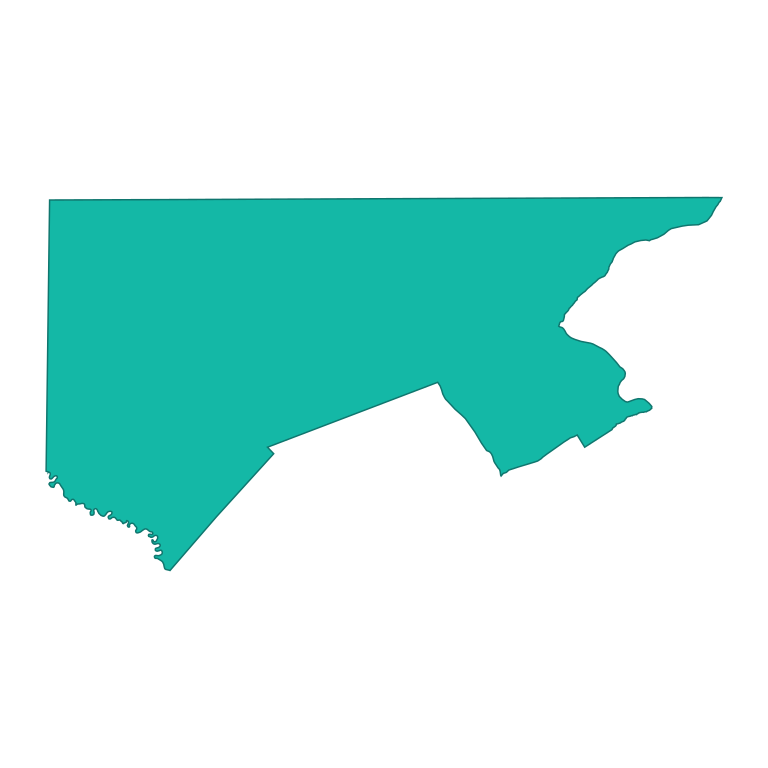 Chavuma, North-Western, Zambia
{"feature_id": "96606910B52944150437375", "entity_name": "Chavuma", "entity_type": "district", "adm_level": 2, "iso_a3": "ZMB", "parent_name": "Zambia", "parent_adm1": "North-Western", "projection": "orthographic", "projection_center": [22.463, -13.294], "detail": "fine", "context": "isolated", "style": "filled", "palette": "teal", "viewbox_px": 768, "rotation_deg": 0, "n_neighbors": 0, "source": "geoboundaries", "source_scale": "gbopen_adm2", "svg_char_len": 6026}
<svg xmlns="http://www.w3.org/2000/svg" viewBox="0 0 768 768"><path d="M46.1,471.2L48.2,471.9L48.2,472.2L48.4,471.9L48.9,472.1L49.6,472.5L50.1,473.0L50.3,473.7L50.3,474.5L49.5,476.6L49.4,477.7L49.9,478.7L50.5,478.9L51.2,479.0L52.0,478.5L53.9,476.5L55.1,475.9L56.0,475.7L56.8,476.0L57.3,476.8L57.3,477.8L56.3,478.9L54.8,481.4L54.2,481.9L52.7,482.3L50.8,482.4L49.9,482.6L49.1,483.7L49.1,484.4L49.9,485.5L51.0,486.8L52.2,487.1L53.5,487.3L54.1,486.8L54.5,485.1L55.8,483.3L56.9,482.9L58.0,482.9L58.9,483.2L59.7,483.8L60.8,485.7L62.8,488.6L63.4,489.6L63.7,490.7L63.8,491.6L63.8,492.7L63.7,493.5L63.7,494.5L63.8,495.4L64.5,496.6L65.3,497.2L66.7,497.8L67.7,498.7L69.0,501.0L69.8,501.2L70.6,501.1L71.7,499.6L72.7,499.3L73.5,499.4L74.0,499.8L74.6,500.8L75.5,502.0L75.9,502.7L75.9,505.0L76.4,505.0L76.8,504.4L77.2,504.2L78.0,504.0L79.8,503.9L81.9,503.4L82.6,503.4L84.0,503.7L84.5,504.4L84.8,505.2L84.7,505.8L85.0,507.1L85.6,507.7L87.1,508.8L88.9,509.1L89.6,509.1L90.4,509.3L90.9,509.7L91.1,510.3L91.1,510.8L90.4,511.9L90.2,512.8L90.5,514.7L90.9,515.1L92.0,515.2L92.9,515.0L93.8,514.3L94.0,513.6L94.1,512.4L93.7,510.2L93.9,509.5L94.4,509.1L95.2,508.7L95.9,508.7L96.5,509.0L97.0,509.5L97.4,510.2L97.7,511.1L99.0,513.5L99.9,514.3L101.0,515.4L102.8,516.1L103.6,516.2L104.5,515.9L105.7,514.6L107.2,512.5L108.2,511.7L109.8,511.3L110.7,511.3L111.7,511.7L112.0,512.6L111.9,513.2L111.4,514.4L110.4,515.1L109.3,515.6L108.8,516.0L108.3,516.6L108.2,517.2L108.5,518.1L109.0,518.9L110.0,519.0L111.0,518.5L111.5,518.0L112.2,517.5L113.3,517.3L114.3,517.3L115.4,517.9L117.1,520.1L117.8,520.3L118.5,520.2L119.3,520.0L120.1,520.2L120.8,521.0L121.9,521.8L122.8,523.4L123.2,523.6L123.8,523.4L124.2,522.9L125.5,522.6L126.1,522.3L126.4,521.9L126.5,520.9L126.8,520.6L127.3,520.7L128.2,521.4L128.5,522.0L128.5,522.7L128.3,523.4L127.4,525.4L127.7,526.3L128.0,526.8L128.6,527.1L129.3,527.0L129.6,526.6L129.4,525.1L129.7,524.5L130.2,523.8L131.2,523.3L132.3,523.2L133.3,523.6L134.1,524.2L135.2,525.9L136.4,527.1L136.7,527.7L136.7,529.2L135.9,530.2L135.7,530.7L135.7,531.4L136.1,532.5L136.6,532.8L137.7,532.9L138.7,532.6L140.2,532.1L141.5,531.2L142.3,530.5L144.3,529.2L145.3,528.9L146.3,529.0L147.1,529.3L149.4,531.2L150.4,531.7L151.3,531.8L152.0,532.0L152.5,532.4L152.7,533.0L152.8,533.5L152.8,533.9L152.3,534.2L151.9,534.5L150.2,534.2L149.0,534.3L148.7,534.5L148.4,535.4L148.7,536.3L149.0,536.5L149.8,536.7L150.7,537.2L151.4,537.3L152.4,537.1L153.2,536.7L154.4,535.7L155.2,535.4L156.2,535.4L156.9,535.7L157.5,536.3L157.7,537.0L157.7,537.8L157.6,538.5L156.8,540.0L156.2,541.2L155.2,541.7L154.6,541.8L154.0,541.6L153.6,541.3L153.0,540.1L152.7,539.9L152.2,539.8L152.0,540.1L151.9,540.9L152.2,542.4L152.5,542.8L153.3,543.7L154.2,544.1L155.1,544.2L157.9,543.5L158.7,543.6L159.7,544.1L160.2,544.9L160.2,545.8L159.6,546.6L158.8,547.4L155.8,548.3L155.3,549.0L155.4,550.2L155.5,550.5L156.3,551.0L157.3,551.2L159.5,550.6L160.3,550.2L161.0,550.2L161.5,550.5L162.0,551.3L162.3,552.1L162.2,553.3L161.8,554.1L160.6,555.0L159.0,555.6L158.2,555.7L155.8,555.4L155.1,555.6L154.5,556.2L154.4,556.8L154.7,557.7L155.3,558.3L157.2,558.4L157.6,558.5L161.2,560.7L162.3,561.6L162.8,562.3L163.8,564.5L164.0,565.9L164.5,567.9L164.9,568.8L165.7,569.4L167.8,569.9L169.3,570.2L170.0,570.5L216.5,516.7L273.7,453.7L267.5,447.2L437.7,382.3L440.1,385.9L441.6,389.8L442.8,394.0L444.5,397.4L445.6,399.2L447.6,401.2L455.0,409.2L461.3,414.7L465.4,418.6L474.9,432.0L481.6,443.3L486.6,450.5L489.6,451.8L490.7,452.9L491.6,454.2L492.7,456.6L494.0,461.4L494.8,462.9L498.1,467.9L499.6,469.5L500.2,471.6L500.7,475.3L501.1,476.0L503.3,473.4L506.1,472.5L507.4,471.5L508.6,470.2L510.5,469.5L512.5,468.9L518.2,467.0L534.4,462.1L537.7,461.0L541.2,458.7L542.7,457.2L547.1,453.9L550.4,451.6L563.8,442.1L569.1,438.7L570.4,437.8L573.9,436.7L577.2,435.0L584.7,447.2L612.0,429.6L612.6,428.2L615.6,426.0L616.1,425.3L616.4,424.0L617.4,423.9L620.4,422.9L621.4,422.1L623.7,421.2L624.8,420.2L625.2,419.2L626.0,418.6L626.3,417.8L627.2,417.0L628.2,416.6L629.9,416.3L631.5,415.7L632.4,415.7L633.0,415.2L633.9,414.9L634.5,414.9L635.5,414.5L636.6,414.6L636.9,414.1L637.8,413.7L638.8,412.9L639.3,412.9L639.8,412.6L641.3,412.4L641.9,412.2L643.4,412.3L644.4,412.0L644.8,411.8L646.4,411.8L647.4,411.1L649.4,410.3L650.7,409.3L651.0,408.8L651.7,408.4L651.6,407.5L651.8,407.0L651.8,406.5L649.2,403.4L644.6,399.5L642.2,398.9L638.2,398.7L634.7,399.5L628.7,401.7L627.2,402.1L625.3,401.5L622.2,399.3L619.3,396.4L618.1,393.5L617.8,391.3L618.2,386.7L618.5,385.8L619.4,384.4L620.1,382.5L621.6,380.5L623.6,378.8L624.2,377.8L624.9,376.4L625.3,373.3L624.9,371.7L623.9,370.2L622.7,368.7L619.8,366.8L616.8,362.9L614.5,360.3L609.4,354.7L606.1,351.4L604.4,350.1L602.0,348.6L599.2,347.3L593.0,344.0L590.5,343.2L581.0,341.4L575.1,339.5L571.5,338.0L569.5,336.7L567.0,334.4L566.0,333.0L565.1,331.2L563.7,329.0L562.7,328.0L561.9,327.5L559.8,326.9L558.7,326.2L558.9,325.7L558.9,325.3L559.2,324.9L559.6,323.2L560.1,322.4L560.5,321.9L561.3,321.6L562.2,321.5L562.9,321.1L563.1,320.9L563.5,320.2L563.8,318.8L564.0,318.2L564.4,316.2L564.4,314.6L564.9,314.0L565.4,313.6L566.0,312.8L566.1,312.5L566.8,312.0L567.7,311.1L568.7,309.7L569.1,308.6L569.3,308.2L570.0,307.8L571.1,306.4L572.5,305.2L573.2,304.1L573.5,303.6L573.8,303.5L575.6,300.9L576.5,300.4L577.1,299.7L577.4,297.6L577.9,297.0L578.6,296.6L580.5,294.8L583.1,292.7L585.1,291.3L587.5,288.6L591.9,285.0L593.1,283.7L594.8,282.4L597.3,280.1L598.1,279.2L599.5,278.3L600.6,277.8L601.8,277.2L603.3,276.7L604.7,275.9L605.3,275.1L605.8,274.2L607.4,272.1L607.9,270.7L608.7,269.4L608.9,267.2L610.3,264.1L612.3,261.6L612.3,260.7L613.0,259.8L613.1,258.8L615.9,253.7L617.6,251.8L618.7,250.8L622.7,248.6L628.1,245.2L631.0,244.0L634.9,241.9L640.8,240.5L645.9,240.0L649.5,240.7L650.6,239.8L652.9,239.2L657.4,237.8L664.1,234.1L668.5,230.3L671.3,228.6L682.2,226.1L688.3,225.2L698.6,224.7L707.0,220.9L711.5,215.3L713.2,211.7L716.0,206.8L717.9,204.5L718.4,203.5L719.2,202.2L720.2,201.3L721.9,197.6L706.4,197.5L547.5,198.1L414.5,198.6L192.9,199.5L49.6,200.0L46.1,471.2Z" fill="#14b8a6" stroke="#0f766e" stroke-width="1.5"/></svg>